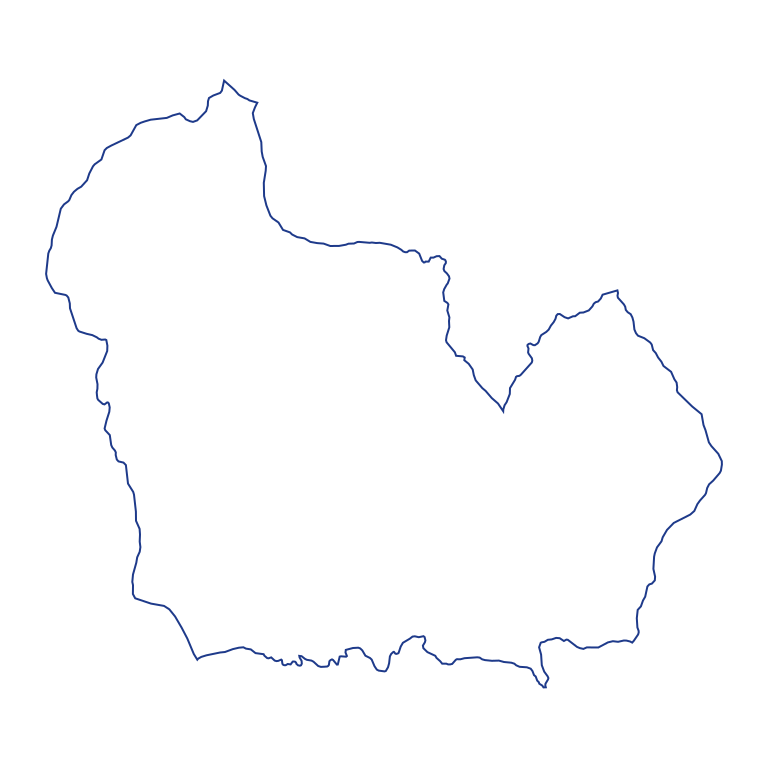 the district of El Calvario, Meta, Colombia
{"feature_id": "7082276B98966151255757", "entity_name": "El Calvario", "entity_type": "district", "adm_level": 2, "iso_a3": "COL", "parent_name": "Colombia", "parent_adm1": "Meta", "projection": "mercator", "projection_center": [-73.69, 4.367], "detail": "fine", "context": "isolated", "style": "outline", "palette": "blue", "viewbox_px": 768, "rotation_deg": 0, "n_neighbors": 0, "source": "geoboundaries", "source_scale": "gbopen_adm2", "svg_char_len": 6072}
<svg xmlns="http://www.w3.org/2000/svg" viewBox="0 0 768 768"><path d="M197.3,659.7L198.1,658.7L201.3,656.9L206.5,655.3L220.1,652.5L225.0,652.0L232.9,649.1L238.9,647.7L243.4,647.3L245.9,648.6L250.8,649.4L255.5,653.1L263.6,654.2L264.4,655.7L267.2,658.1L268.6,658.3L271.2,657.4L274.7,660.6L276.5,661.1L278.2,660.9L281.2,659.6L281.9,660.2L282.4,663.8L283.3,664.9L284.3,665.2L285.7,665.2L287.7,664.0L290.6,664.4L292.7,661.6L293.9,661.5L295.3,661.8L296.1,662.7L296.3,663.7L298.0,665.3L299.9,665.7L301.0,665.3L301.8,663.7L301.6,660.9L299.6,657.5L299.3,655.9L301.6,656.2L305.0,658.9L306.8,659.8L311.5,660.6L313.5,661.7L318.2,666.0L320.9,666.9L324.7,666.7L327.2,666.5L328.2,665.9L328.9,664.9L329.4,661.3L330.5,660.1L332.0,659.4L333.1,660.0L336.9,664.6L337.8,664.5L339.7,656.6L341.0,656.3L346.1,656.7L346.9,656.0L345.5,652.5L345.8,649.9L353.0,648.0L358.3,647.7L360.2,648.4L362.3,650.4L365.4,655.7L370.0,658.0L371.7,659.6L374.5,666.2L376.8,669.6L378.7,670.6L384.6,671.4L385.8,671.0L388.0,667.3L389.1,663.3L389.9,656.4L391.2,653.9L393.4,651.9L394.0,651.9L395.3,653.6L396.2,653.9L397.8,653.5L398.6,652.9L400.7,646.6L402.9,642.8L409.8,638.7L412.5,636.6L414.8,636.3L418.8,637.2L423.5,636.2L424.6,637.1L425.4,640.4L424.9,642.3L422.9,645.6L423.4,648.2L427.4,652.1L435.3,655.8L436.5,657.9L440.2,661.2L442.2,663.7L446.4,663.7L448.1,664.4L450.2,664.4L452.2,663.9L455.8,659.8L456.9,659.2L460.3,659.3L464.5,658.2L477.3,657.3L479.7,657.6L482.1,659.3L485.0,660.1L491.9,660.8L498.9,660.6L504.0,662.0L511.3,662.7L514.4,663.7L516.2,665.3L519.6,666.8L526.9,667.3L530.7,668.7L532.5,671.1L534.0,675.1L535.7,676.5L537.2,680.6L538.8,682.2L539.3,683.7L542.3,685.6L543.5,687.4L545.8,687.3L545.3,685.4L545.5,683.7L548.0,679.5L548.4,678.1L547.7,676.4L544.2,671.6L541.8,665.2L541.1,654.6L539.1,647.3L540.7,642.8L541.4,642.4L544.5,641.8L547.8,639.8L551.7,639.4L556.1,637.9L559.7,638.2L563.9,641.0L566.4,639.6L567.8,639.8L577.0,646.9L579.8,648.1L583.4,648.9L586.8,647.4L598.3,647.5L607.9,642.4L612.9,641.2L618.1,641.8L623.9,640.5L626.5,640.6L630.1,641.5L632.2,642.6L633.8,640.8L638.1,634.5L638.7,632.4L638.6,630.8L637.4,627.5L636.8,618.2L637.7,609.9L640.9,606.4L643.0,600.5L645.2,596.7L647.4,586.5L649.3,584.4L651.9,583.6L654.8,580.4L655.1,576.7L653.4,568.9L654.1,556.7L654.8,553.4L657.0,547.4L661.5,541.3L662.7,537.3L667.0,529.9L673.8,522.9L690.2,514.6L694.3,511.0L697.4,504.1L700.0,500.5L705.1,494.8L706.0,493.1L707.2,488.0L709.1,484.3L713.2,480.6L719.7,473.0L720.9,470.7L721.9,464.6L721.8,461.1L718.3,453.8L711.4,446.1L708.9,442.4L705.5,430.2L703.5,425.0L701.6,414.2L692.2,406.5L677.6,392.3L676.9,390.2L677.2,387.1L676.6,382.6L674.4,379.3L671.1,371.8L663.5,366.0L661.4,361.7L658.1,357.5L655.8,353.1L653.1,350.1L651.7,344.5L650.2,342.5L644.3,338.2L638.0,335.7L636.0,333.2L634.4,329.5L633.5,321.6L632.4,317.5L630.7,314.2L627.7,312.2L625.8,309.9L625.2,306.7L623.9,304.4L617.9,297.7L617.5,295.7L618.0,293.0L617.4,290.4L602.6,294.7L600.8,298.5L598.1,301.5L595.6,302.2L593.8,303.7L592.4,306.4L588.8,310.4L583.4,312.5L579.8,312.7L575.2,316.2L572.9,316.3L568.1,318.4L564.6,317.2L559.8,314.0L557.7,314.1L556.3,315.7L555.5,318.8L553.7,322.1L550.9,325.6L548.7,329.6L546.3,331.9L541.3,335.1L540.2,337.0L538.7,341.8L537.6,343.4L534.9,345.2L533.3,345.1L530.4,343.5L528.8,343.9L527.6,344.8L527.4,345.9L528.5,348.5L528.1,352.4L528.6,353.7L531.9,358.3L532.3,360.7L531.8,362.5L520.9,374.7L519.5,375.8L517.0,376.2L516.0,376.9L515.1,379.7L510.0,388.1L509.8,394.0L506.6,402.2L504.6,405.2L503.3,409.4L503.2,411.2L498.0,403.5L491.8,398.1L485.6,390.9L482.3,388.1L475.7,380.4L473.8,375.1L472.7,369.5L468.7,363.8L464.3,360.2L464.7,357.5L462.9,356.4L456.1,355.8L454.9,352.3L446.6,342.3L446.0,340.2L446.7,335.6L449.3,327.3L449.0,321.0L449.4,317.4L447.3,310.5L448.4,304.4L447.4,302.9L444.3,300.9L443.2,292.4L444.2,289.1L446.8,284.5L447.7,283.5L449.5,278.6L449.0,276.3L446.9,273.4L444.4,271.1L443.6,269.0L444.3,265.3L445.8,263.1L445.9,261.6L445.3,260.2L444.8,259.7L441.8,258.7L439.5,256.1L436.6,256.2L433.5,257.6L430.7,257.6L428.7,261.6L425.5,261.6L424.7,262.4L423.8,262.5L422.1,260.9L419.2,253.6L414.9,250.5L409.2,250.6L407.0,252.2L405.2,252.2L403.2,251.5L401.3,249.8L397.4,247.4L390.8,244.7L379.8,242.8L375.9,243.0L371.8,242.5L369.7,242.8L359.1,241.9L357.4,242.0L354.0,243.5L348.5,243.7L345.9,244.7L339.2,245.9L330.3,246.0L323.6,243.6L317.2,243.1L310.4,241.9L304.6,238.4L297.2,237.1L292.1,234.5L290.0,232.4L283.0,229.9L278.5,222.5L272.5,218.3L270.4,215.7L266.4,205.4L264.1,196.1L263.8,182.8L265.7,170.8L266.0,166.1L262.7,156.9L261.7,151.5L261.3,142.1L253.8,118.9L252.8,113.1L255.0,107.3L257.3,102.7L249.4,100.4L247.4,99.0L245.0,98.2L240.4,95.8L238.6,94.6L234.6,90.0L224.1,80.6L221.9,90.6L220.2,92.9L213.3,95.5L209.0,98.0L208.0,101.2L207.8,105.6L206.1,111.2L197.2,120.4L193.0,121.9L190.0,121.2L185.8,119.3L184.3,117.1L179.7,113.5L172.7,115.4L166.8,117.9L150.7,119.7L144.8,121.4L140.7,122.8L136.3,125.1L130.6,135.4L128.0,137.6L111.4,145.5L106.8,148.0L104.6,150.2L101.4,159.5L94.7,164.3L93.0,166.3L89.3,173.5L87.1,180.2L81.2,186.7L77.5,188.8L74.0,191.7L71.4,195.1L69.3,200.0L68.2,201.3L64.0,204.4L60.8,208.7L56.5,226.8L52.9,235.6L51.9,239.6L51.6,245.4L50.8,248.2L49.3,250.7L48.3,253.5L46.1,273.9L46.9,278.2L47.7,280.4L51.8,288.0L55.0,292.8L65.3,294.9L66.6,295.5L68.3,297.5L69.8,303.4L70.0,308.3L76.6,328.2L78.2,330.7L79.4,331.5L86.6,333.8L92.3,335.1L96.8,337.3L98.6,338.7L101.5,339.8L105.2,339.5L106.3,340.0L107.4,345.7L107.2,351.0L102.6,362.6L98.0,369.0L96.4,374.3L96.2,377.5L97.5,384.2L97.4,388.8L96.7,392.3L97.0,395.5L97.4,398.5L98.2,399.9L102.7,403.9L104.5,404.4L107.2,402.4L108.0,402.5L108.8,403.4L109.7,407.4L109.3,411.8L106.5,420.6L104.6,428.5L105.3,430.3L109.8,435.1L111.2,445.0L112.3,447.5L114.9,450.5L115.8,452.4L115.7,455.0L116.8,459.5L118.5,461.4L123.5,462.6L125.9,465.1L128.0,483.6L133.2,491.9L134.0,494.7L135.9,511.6L136.0,520.8L139.6,528.9L140.0,534.5L139.7,541.6L140.4,547.1L139.7,551.8L137.2,557.3L136.3,562.7L133.0,574.5L132.3,581.9L133.0,585.1L132.9,594.0L135.2,598.3L151.0,603.6L164.0,605.9L169.3,609.3L175.1,616.5L181.7,627.8L187.3,638.5L193.8,654.0L197.3,659.7Z" fill="none" stroke="#1e3a8a" stroke-width="2"/></svg>